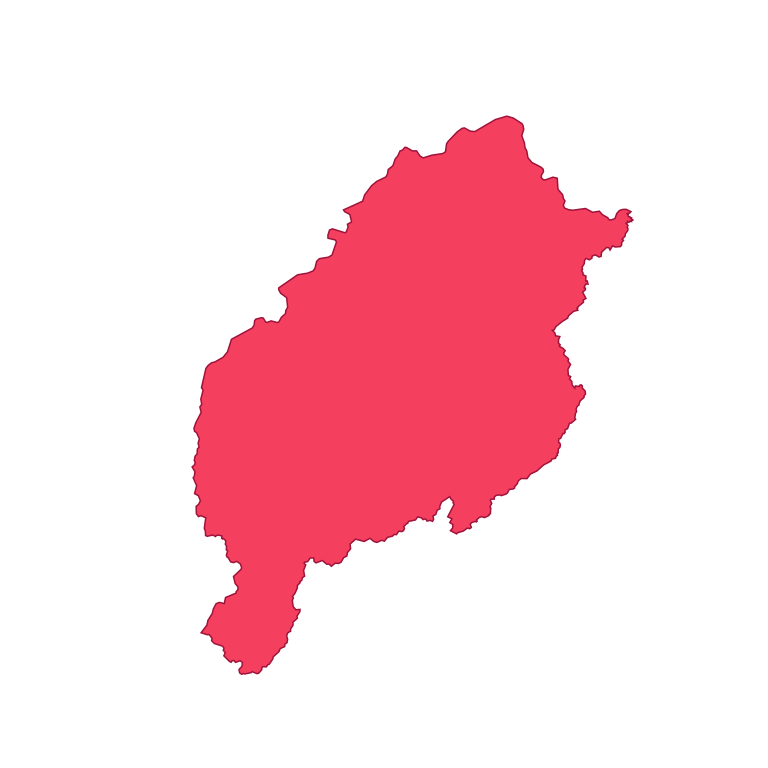 outline of Kapuas Hulu, Kalimantan Barat, Indonesia, rotated 140°
{"feature_id": "22746128B82886709098386", "entity_name": "Kapuas Hulu", "entity_type": "district", "adm_level": 2, "iso_a3": "IDN", "parent_name": "Indonesia", "parent_adm1": "Kalimantan Barat", "projection": "orthographic", "projection_center": [113.006, 0.834], "detail": "fine", "context": "isolated", "style": "filled", "palette": "rose", "viewbox_px": 768, "rotation_deg": 140, "n_neighbors": 0, "source": "geoboundaries", "source_scale": "gbopen_adm2", "svg_char_len": 6144}
<svg xmlns="http://www.w3.org/2000/svg" viewBox="0 0 768 768"><g transform="rotate(140 384 384)"><path d="M680.3,255.5L679.6,253.1L677.9,252.7L677.1,251.4L671.3,248.3L669.9,248.4L667.5,243.8L665.9,243.0L661.3,243.7L660.0,245.2L658.5,245.3L655.9,242.9L653.4,243.7L651.9,243.1L646.0,244.8L644.3,246.2L636.5,246.5L633.6,248.0L628.9,246.7L627.2,248.4L624.5,248.2L622.0,250.3L620.3,253.9L617.3,255.3L614.5,254.6L613.0,256.4L608.7,257.7L606.9,260.0L600.9,260.3L599.9,262.1L594.8,263.7L593.2,265.3L596.6,267.7L596.7,271.8L593.4,277.1L590.9,278.4L590.8,280.0L586.7,280.9L581.4,283.5L580.0,285.3L576.0,285.7L575.5,286.7L573.4,286.4L570.9,288.1L568.4,287.8L565.4,292.9L560.2,295.7L560.4,298.1L559.3,298.5L556.6,297.0L552.4,298.1L549.6,295.9L551.6,293.1L551.1,290.7L544.7,288.4L543.7,282.7L541.9,281.5L541.5,278.2L536.4,278.1L534.2,275.7L531.5,275.1L526.4,276.9L523.0,276.1L520.3,278.4L515.5,279.2L512.9,283.2L505.5,283.4L500.4,276.1L494.0,274.8L493.0,269.8L491.2,267.2L486.3,265.8L484.7,263.3L480.0,264.3L475.3,262.0L472.9,262.2L471.3,260.6L467.3,261.8L465.3,259.5L463.4,259.1L461.2,260.1L460.6,262.0L456.3,262.5L455.5,262.0L453.7,263.0L447.2,259.6L443.7,260.6L441.3,257.4L441.3,255.0L439.6,254.5L438.8,253.1L439.2,251.4L436.3,249.8L435.1,247.6L433.0,248.4L431.3,251.4L428.2,250.8L424.4,253.1L421.3,252.5L420.0,254.4L415.7,256.6L406.1,255.5L406.7,252.5L406.1,249.5L407.4,248.8L407.7,246.7L420.6,241.3L418.6,237.1L422.7,235.6L421.6,232.2L423.9,229.6L427.4,228.9L424.7,222.5L423.4,222.8L417.6,220.3L412.8,220.1L411.4,218.1L409.3,217.9L408.1,221.2L405.9,221.5L402.2,220.0L402.0,219.0L400.9,219.0L400.2,220.4L396.7,220.5L394.6,219.7L392.8,217.0L388.1,215.8L387.2,216.6L385.9,216.2L381.9,220.4L381.8,221.8L378.2,223.3L377.3,226.6L376.1,227.0L373.5,224.9L372.2,226.5L369.8,226.6L366.9,224.9L365.8,223.0L361.4,221.3L359.6,221.1L355.8,222.7L352.5,220.5L350.8,220.4L350.2,221.3L346.0,221.9L343.4,223.5L339.6,223.4L335.3,219.6L329.7,220.9L322.8,219.1L313.6,219.4L305.7,217.6L303.6,218.6L300.4,216.8L298.5,218.0L297.0,217.8L296.0,219.6L294.8,219.3L292.3,222.2L290.2,222.3L288.2,223.7L287.3,225.5L287.7,227.1L285.4,229.5L283.7,228.8L278.6,231.1L278.0,230.2L276.4,230.5L274.8,232.5L272.1,231.8L267.2,234.7L265.6,233.7L259.9,233.8L259.7,235.3L256.2,238.4L254.2,239.1L253.0,241.3L250.3,242.8L248.5,242.5L244.9,244.9L239.3,245.2L238.4,246.3L236.0,246.8L234.4,249.4L234.7,253.4L233.3,255.1L233.5,256.7L235.0,257.2L235.9,256.5L238.6,259.5L240.5,258.2L240.5,262.4L238.5,265.2L238.6,268.6L236.2,269.7L237.3,271.9L233.8,276.9L228.5,279.1L228.4,283.3L226.7,284.2L226.5,285.3L227.4,290.6L226.2,292.4L223.8,293.0L223.9,296.1L225.4,300.2L223.8,300.8L224.1,303.0L221.9,305.7L218.8,307.3L221.6,310.7L220.3,313.1L220.5,316.9L218.9,316.1L215.3,317.5L207.0,317.3L201.1,316.4L198.7,317.7L192.0,317.8L188.1,315.9L187.5,318.0L186.7,317.6L185.8,318.5L178.6,318.4L177.3,320.3L174.3,319.7L172.8,326.7L169.3,326.7L168.1,327.9L168.8,329.0L166.9,330.3L164.7,330.7L163.5,329.4L162.1,332.4L163.2,333.3L159.9,336.9L161.4,339.9L160.2,341.0L159.6,344.0L158.2,344.2L157.3,346.1L153.4,347.4L150.5,350.0L148.4,350.3L147.0,347.2L144.0,346.7L142.3,348.2L139.0,347.0L137.7,343.1L135.7,342.2L132.6,345.1L125.7,345.5L124.1,343.7L124.7,341.3L120.2,342.9L118.8,340.3L114.6,337.3L112.8,337.6L111.0,339.6L108.2,340.1L108.4,342.0L104.5,342.2L102.6,343.9L98.6,344.9L97.1,346.4L97.0,347.8L95.2,348.6L95.3,351.6L93.6,351.0L92.9,352.0L92.2,350.4L91.0,350.5L90.0,349.4L89.6,350.4L88.1,349.5L87.8,350.1L88.4,351.4L87.6,352.2L88.5,352.6L88.1,354.2L89.1,354.9L88.5,356.8L87.5,357.1L88.7,358.7L85.9,357.0L84.0,357.3L86.2,362.1L88.9,364.3L92.1,365.6L96.0,365.0L100.8,362.3L104.7,363.7L106.0,365.3L105.7,367.6L107.8,373.1L108.0,378.0L113.8,381.4L116.8,388.9L127.7,395.8L130.5,398.8L132.6,402.7L131.8,405.6L127.7,407.9L127.5,410.3L125.5,414.2L125.6,421.3L119.0,430.3L121.6,433.8L129.5,436.8L130.6,438.1L130.9,441.0L129.0,442.9L125.4,444.1L124.0,446.3L124.4,449.3L128.3,458.6L128.3,464.8L124.8,470.8L124.1,474.3L121.4,478.6L118.9,485.6L113.2,489.3L111.2,493.0L111.0,494.9L114.0,504.6L117.7,510.2L128.7,515.0L152.2,519.0L155.4,522.3L157.8,528.5L160.0,529.7L165.8,530.1L179.1,528.6L181.8,527.7L187.6,522.4L190.9,522.8L200.2,528.5L208.6,532.0L209.9,535.4L209.2,541.6L212.4,544.3L214.8,550.9L216.1,551.9L219.5,551.3L222.0,552.2L226.7,549.9L230.7,549.2L236.9,545.5L242.9,545.6L246.4,542.6L249.4,541.4L259.4,543.9L266.1,543.9L277.3,541.3L282.9,537.8L303.1,543.4L303.4,541.3L301.2,535.9L304.1,530.0L304.9,529.0L309.3,529.9L310.6,527.3L315.3,524.7L316.8,525.1L323.8,536.0L326.7,537.0L331.4,534.0L333.2,531.7L328.7,525.6L329.2,523.3L341.0,516.2L345.1,516.9L353.0,521.6L356.9,521.2L362.4,517.1L365.6,516.2L371.2,518.0L380.0,523.2L402.8,525.3L404.0,524.1L404.9,519.9L403.1,512.7L408.5,504.7L412.0,503.4L414.3,501.2L419.6,501.1L424.4,499.2L426.1,499.5L429.9,504.9L434.1,506.4L434.8,507.9L434.1,512.0L435.2,513.5L440.6,516.1L442.5,515.6L445.6,512.6L449.0,511.6L472.1,516.3L483.1,509.3L490.0,507.9L499.4,509.6L502.4,511.1L506.7,511.3L510.4,510.4L526.2,498.5L526.5,495.6L534.1,490.1L536.7,485.6L539.8,484.8L542.3,479.8L553.0,475.3L558.1,472.2L559.5,469.6L558.9,467.2L560.7,460.6L564.4,458.2L566.3,454.5L568.7,454.2L572.1,450.6L575.2,450.1L578.5,447.4L578.8,445.7L580.7,443.9L584.3,443.8L585.2,438.4L588.6,435.2L590.4,434.9L592.9,426.5L599.6,421.8L598.0,417.8L599.7,412.6L603.4,411.0L606.6,411.0L611.1,405.3L611.4,401.7L608.9,400.8L606.5,396.1L614.4,389.0L615.3,386.3L618.1,382.6L617.3,381.0L612.2,378.3L611.1,375.4L609.9,375.8L607.9,374.5L605.8,371.8L607.5,370.1L607.3,369.0L606.3,368.9L606.0,365.6L608.6,363.1L608.8,361.0L611.4,358.4L611.1,356.7L614.9,354.1L615.5,352.2L615.0,351.2L615.8,346.3L614.1,343.9L610.8,342.7L609.7,338.5L611.2,334.7L612.8,333.9L623.0,333.3L626.3,326.7L626.2,322.4L628.3,320.3L630.7,320.0L631.6,318.9L642.6,322.3L647.5,318.5L650.6,322.6L653.8,323.6L659.1,321.5L663.1,318.6L670.8,316.1L674.7,313.1L684.0,311.0L680.7,305.7L678.9,304.3L679.2,299.7L681.1,298.2L680.8,294.3L676.2,287.0L676.4,284.4L678.3,283.3L678.3,280.3L681.4,278.7L680.7,270.7L679.9,269.1L678.1,269.7L676.6,268.3L676.7,266.2L672.2,264.5L671.4,261.9L674.3,259.0L678.6,258.5L680.3,255.5Z" fill="#f43f5e" stroke="#9f1239" stroke-width="1.5"/></g></svg>